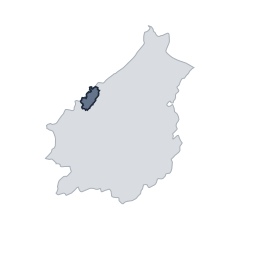 location of Lyelchytsy, Gomel, Belarus, rotated 133°
{"feature_id": "67162791B62905803070856", "entity_name": "Lyelchytsy", "entity_type": "district", "adm_level": 2, "iso_a3": "BLR", "parent_name": "Belarus", "parent_adm1": "Gomel", "projection": "equal_earth", "projection_center": [28.18, 51.753], "detail": "fine", "context": "in_parent", "style": "filled", "palette": "slate", "viewbox_px": 256, "rotation_deg": 133, "n_neighbors": 0, "source": "geoboundaries", "source_scale": "gbopen_adm2", "svg_char_len": 6766}
<svg xmlns="http://www.w3.org/2000/svg" viewBox="0 0 256 256"><g transform="rotate(133 128 128)"><path d="M206.5,167.7L202.6,167.5L198.0,167.6L195.4,169.0L192.5,168.3L190.5,169.1L186.0,173.0L184.2,175.1L182.6,178.3L181.6,180.7L182.1,182.4L183.0,184.0L183.2,185.7L183.7,187.0L182.6,188.0L181.9,189.3L180.0,189.1L177.6,187.8L177.0,185.8L175.2,184.5L174.0,183.8L172.0,183.7L168.8,184.3L164.6,184.8L161.5,184.9L159.8,185.6L157.3,186.3L156.3,185.5L154.8,183.3L153.7,181.1L152.9,180.2L152.2,179.9L151.3,180.0L150.4,180.7L149.6,181.4L147.0,182.2L145.9,183.0L144.6,185.0L143.8,184.8L142.9,184.4L141.9,182.1L140.5,181.6L138.3,181.6L135.6,181.1L133.4,180.4L132.5,180.6L131.2,181.5L129.8,181.7L126.7,180.8L126.1,181.2L124.3,183.7L123.4,183.8L122.9,183.5L123.2,181.4L121.4,180.6L118.3,180.5L116.2,180.8L115.1,180.7L114.6,180.3L112.0,176.7L110.6,176.5L108.1,176.7L104.5,176.2L100.2,175.4L97.9,175.1L96.7,174.3L94.1,174.0L87.1,172.5L84.3,172.3L80.1,172.2L73.7,171.9L69.6,172.1L67.7,172.6L65.5,172.9L57.9,173.3L55.1,173.7L54.3,174.5L53.4,176.1L50.2,179.0L47.1,180.9L46.5,181.0L44.7,180.0L43.3,179.7L41.5,179.6L40.3,179.9L39.5,180.4L39.5,182.6L39.3,182.8L38.1,180.2L38.3,177.8L39.1,176.4L40.0,175.2L39.7,173.4L40.6,171.0L40.7,169.3L40.4,168.5L39.7,167.6L37.7,166.7L36.9,165.9L34.2,164.9L31.6,163.7L31.2,162.9L31.3,162.4L31.8,161.6L33.9,159.3L36.2,157.0L37.6,156.1L45.1,153.3L46.3,152.3L46.6,150.6L46.6,147.1L46.3,144.0L45.8,141.9L44.5,137.8L40.9,129.6L38.9,121.0L40.4,121.5L43.9,121.7L46.7,121.1L48.1,121.0L49.4,121.2L53.1,120.7L54.0,121.5L55.6,122.2L58.8,121.2L61.7,120.0L64.7,120.1L65.1,119.5L65.9,116.5L66.8,115.9L70.4,116.2L71.7,115.6L73.1,114.1L75.2,113.2L76.9,113.2L78.8,112.2L79.7,112.9L80.1,114.1L79.5,115.1L79.7,115.5L81.0,116.0L83.1,116.0L84.5,115.6L84.8,115.0L84.8,114.0L84.5,113.0L83.6,112.2L81.9,111.7L80.7,111.7L80.5,111.2L81.0,110.1L82.0,108.0L83.4,106.1L84.2,105.4L84.3,104.8L84.2,103.6L84.2,101.6L85.4,98.8L87.0,96.6L89.1,95.9L91.7,95.6L93.3,94.6L94.2,93.4L94.9,91.6L95.7,91.2L101.9,91.4L102.8,89.6L103.4,89.1L104.5,88.6L105.4,87.9L105.1,87.4L103.5,87.1L99.8,86.8L99.1,86.2L99.3,85.5L100.3,83.6L101.3,81.2L101.8,79.4L101.9,78.3L102.4,78.0L105.4,77.6L106.4,77.3L109.0,74.7L111.0,74.3L116.1,75.0L118.4,74.9L121.3,75.1L121.6,74.8L122.7,72.3L127.7,68.3L130.4,67.0L132.0,66.7L132.6,66.7L135.3,68.8L136.0,68.9L137.7,68.0L140.8,68.0L142.3,68.7L144.3,71.3L145.4,71.6L148.4,70.1L150.1,69.7L151.2,69.7L156.9,71.7L157.3,72.3L157.3,73.1L156.5,75.4L157.7,76.9L159.0,77.9L162.0,76.2L163.0,75.8L164.2,75.8L165.8,75.2L166.9,74.3L168.0,74.0L170.1,74.2L173.9,74.0L178.3,75.4L178.7,75.8L180.9,77.5L181.7,78.3L182.4,78.6L183.6,79.4L185.2,79.9L186.3,79.7L186.8,80.0L187.3,80.7L187.4,81.8L187.3,84.9L185.7,86.5L185.5,87.1L185.6,87.8L186.9,89.1L188.5,91.3L188.9,92.5L189.0,93.4L186.8,96.1L186.1,96.7L185.6,98.1L185.4,99.4L185.5,100.0L189.3,102.2L192.0,103.3L192.7,103.9L192.7,104.3L191.3,106.6L191.2,107.2L193.4,108.2L194.7,109.7L195.8,112.2L197.9,114.6L205.8,118.1L206.5,118.7L206.8,119.5L206.6,121.1L205.2,124.2L206.6,124.7L210.0,124.6L214.2,125.0L219.3,127.2L219.4,128.2L218.9,129.1L219.2,130.1L219.8,130.9L224.3,133.4L224.7,134.1L224.8,135.3L224.7,136.2L223.5,136.4L222.2,136.8L220.0,137.9L219.2,139.4L215.7,141.5L213.5,142.4L211.8,142.4L207.6,142.0L206.1,141.0L205.5,140.0L203.9,139.6L201.7,139.6L198.8,139.7L198.2,140.0L197.8,141.2L196.5,143.2L195.7,144.3L199.5,148.2L201.4,149.8L202.0,150.8L202.0,151.6L201.1,152.4L201.3,154.1L203.2,156.3L202.6,156.6L202.5,159.4L202.6,162.3L203.1,163.0L204.1,163.6L204.9,164.6L206.4,167.1L206.5,167.7Z" fill="#d9dde1" stroke="#a8b0b8" stroke-width="1"/><path d="M140.3,181.0L140.6,180.9L140.9,180.7L141.0,180.7L141.2,180.4L141.2,180.2L141.3,179.9L141.4,179.6L141.4,179.3L141.3,179.2L141.2,178.8L141.2,178.7L141.3,178.5L141.4,178.4L141.4,178.2L141.4,177.9L141.1,177.6L141.1,177.4L141.3,177.1L141.4,176.9L141.6,176.9L141.9,176.8L142.0,176.7L142.0,176.4L141.9,176.3L141.9,176.2L142.0,176.2L142.3,176.3L142.5,176.3L142.7,176.2L142.9,176.2L143.2,176.2L143.5,176.3L143.6,176.2L143.8,176.1L144.0,176.1L144.0,175.9L144.4,175.8L144.5,175.6L144.6,175.4L144.6,175.2L144.6,174.9L144.7,174.7L144.9,174.6L144.9,174.4L144.8,174.2L144.6,174.2L144.4,174.0L144.2,173.9L143.9,173.7L143.8,173.3L143.7,173.2L143.5,172.9L143.5,172.4L143.5,172.1L143.5,171.7L143.5,171.4L143.8,171.4L143.9,171.2L143.6,171.1L143.3,171.0L143.1,171.0L142.8,171.2L142.6,171.1L142.7,170.7L142.7,169.9L142.3,169.9L142.0,169.9L141.7,169.9L141.3,169.9L140.9,169.9L140.5,169.8L140.2,169.8L139.8,169.8L139.8,169.6L139.7,169.5L139.4,169.6L139.2,169.8L138.9,169.9L138.5,170.0L138.3,170.0L138.0,170.1L137.7,170.1L137.4,170.1L137.1,170.1L136.9,170.1L136.7,170.2L136.6,170.3L136.4,170.3L136.2,170.3L136.1,170.2L135.8,170.0L135.6,170.0L135.4,170.0L135.2,170.1L135.0,169.9L134.9,169.7L134.6,169.9L134.3,169.9L134.2,169.9L134.0,170.1L133.8,170.3L133.6,170.4L133.4,170.3L133.1,170.2L132.8,170.2L132.6,170.2L132.2,170.2L131.8,170.3L131.6,170.3L131.3,170.4L131.0,170.4L130.7,170.4L130.4,170.3L130.0,170.4L129.7,170.5L129.4,170.8L129.4,171.0L129.3,171.3L129.3,171.5L129.1,171.5L128.9,171.6L128.6,171.6L128.2,171.6L127.7,171.6L127.0,171.6L126.4,171.6L125.6,171.7L125.0,171.7L124.6,171.8L124.4,171.8L124.2,171.9L123.9,172.0L123.8,172.4L123.5,172.5L123.2,172.6L122.8,172.8L122.7,173.1L122.7,173.3L122.6,173.5L122.4,173.7L122.0,173.9L121.5,174.1L121.1,174.3L120.7,174.4L120.1,174.5L120.3,174.8L120.5,175.0L120.5,175.4L120.4,175.7L120.2,176.1L120.3,176.3L120.6,176.6L120.3,176.9L120.1,177.1L119.6,177.2L119.4,177.2L119.1,177.4L119.1,177.8L119.4,178.4L119.5,178.9L119.7,179.3L119.8,179.7L119.9,179.9L120.0,179.9L120.5,179.9L120.7,180.0L121.0,180.2L121.6,180.4L122.0,180.4L122.6,180.3L122.8,180.3L123.2,180.4L123.4,180.4L123.5,180.4L123.7,180.5L123.9,180.7L124.0,180.9L124.0,181.2L124.0,181.5L123.7,181.7L123.4,181.9L123.1,182.1L122.8,182.3L122.8,182.5L123.1,183.0L123.6,183.3L123.8,183.4L124.2,183.7L124.5,183.8L124.6,183.7L124.8,183.4L124.9,183.2L125.0,183.1L125.2,182.8L125.3,182.7L125.5,182.4L125.8,182.4L126.1,182.3L126.2,182.2L126.3,182.1L126.1,181.9L126.0,181.7L125.9,181.5L125.9,181.2L126.0,181.0L126.1,180.9L126.2,180.7L126.1,180.4L125.9,180.2L126.1,179.9L126.5,179.9L126.9,179.9L127.2,180.0L127.6,180.1L127.8,180.2L127.9,180.4L128.0,180.6L128.1,180.8L128.1,181.1L128.5,181.1L128.8,181.1L128.7,181.3L128.6,181.5L129.3,181.6L129.8,181.6L130.3,181.6L130.9,181.6L131.4,181.5L131.8,181.4L131.9,181.0L132.0,180.8L132.3,180.6L132.7,180.4L133.0,180.2L133.0,179.9L133.1,179.6L134.1,179.0L135.0,178.8L135.0,179.1L135.0,179.5L134.9,179.8L135.0,180.1L135.5,180.2L135.9,180.5L136.0,180.8L136.4,181.2L136.7,181.4L136.9,181.7L136.9,181.9L136.9,182.1L137.0,182.2L137.3,182.1L137.9,181.8L138.5,181.5L138.8,181.1L139.1,180.9L139.8,180.9L140.2,181.0L140.3,181.0Z" fill="#64748b" stroke="#1e293b" stroke-width="1.5"/></g></svg>